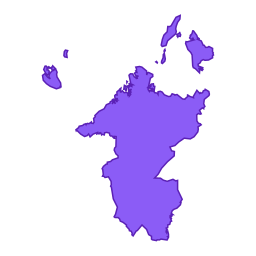 Minahasa Utara, Sulawesi Utara, Indonesia
{"feature_id": "22746128B90516172699691", "entity_name": "Minahasa Utara", "entity_type": "district", "adm_level": 2, "iso_a3": "IDN", "parent_name": "Indonesia", "parent_adm1": "Sulawesi Utara", "projection": "mercator", "projection_center": [124.995, 1.587], "detail": "fine", "context": "isolated", "style": "filled", "palette": "violet", "viewbox_px": 256, "rotation_deg": 0, "n_neighbors": 0, "source": "geoboundaries", "source_scale": "gbopen_adm2", "svg_char_len": 5751}
<svg xmlns="http://www.w3.org/2000/svg" viewBox="0 0 256 256"><path d="M201.2,124.8L200.2,123.7L198.4,123.3L196.9,120.9L196.7,114.9L198.3,113.5L200.1,114.2L201.2,113.8L199.5,110.3L202.3,107.9L203.7,108.7L203.7,107.6L204.9,106.5L203.7,103.8L204.3,99.4L209.0,95.5L209.4,94.1L208.8,91.5L205.2,89.3L204.9,90.3L203.4,90.7L202.5,92.7L200.7,93.2L200.2,92.7L199.7,93.4L196.9,90.3L193.3,96.5L193.5,97.7L189.8,96.4L187.2,94.6L188.0,96.2L185.0,98.8L184.7,99.9L184.7,99.3L182.5,98.9L177.0,94.5L174.3,95.3L174.9,94.7L172.1,93.8L170.5,96.3L168.4,96.5L164.3,94.8L162.2,92.1L160.4,91.3L158.1,91.7L158.0,94.3L157.3,93.1L154.7,92.7L154.3,91.8L152.6,91.0L151.2,91.0L149.6,90.4L149.4,90.5L149.5,91.3L149.4,91.5L148.1,89.6L148.3,88.0L147.6,87.7L148.5,86.6L150.4,78.2L152.8,76.5L152.7,74.4L148.5,72.4L147.6,72.8L146.7,75.0L146.6,71.0L141.9,67.1L139.5,66.5L135.8,67.1L136.6,69.2L136.2,70.8L137.0,71.7L136.2,71.4L136.7,72.3L135.8,72.1L134.5,73.3L136.0,75.9L137.8,75.9L137.9,76.4L136.9,76.9L137.3,78.3L136.3,78.5L135.4,77.2L134.4,77.0L132.6,73.9L130.4,73.8L129.0,75.2L130.9,84.0L130.1,83.3L129.1,83.9L130.4,84.9L131.5,84.3L132.4,84.5L132.9,84.8L131.6,84.9L131.8,86.5L129.9,85.8L129.2,86.7L128.9,85.5L127.1,86.1L129.4,90.5L131.0,89.4L131.6,89.7L130.8,89.7L130.3,90.8L130.8,91.8L129.8,91.6L130.7,94.4L129.8,95.5L130.1,93.7L128.7,91.4L128.6,93.7L128.4,94.0L128.1,94.1L126.8,92.3L124.2,92.7L122.3,90.8L120.9,92.1L120.3,91.7L120.9,88.2L119.9,88.9L119.6,90.4L119.0,90.1L116.9,91.9L117.0,95.0L115.6,94.6L114.7,95.7L115.1,98.9L117.1,98.5L117.8,98.9L116.9,98.7L116.3,99.5L117.3,100.0L116.2,100.2L117.4,102.1L115.0,99.9L114.3,101.4L113.4,101.6L114.9,102.5L115.3,103.9L114.8,102.7L113.5,102.1L112.1,104.0L113.9,100.2L113.5,99.2L112.4,99.6L112.1,100.8L110.2,101.8L109.9,103.2L106.4,104.7L104.1,108.8L99.1,111.3L94.9,115.5L95.3,116.7L93.6,118.4L94.1,122.2L92.7,124.0L92.9,123.3L91.5,123.1L91.4,122.0L89.0,123.7L87.3,123.4L86.7,124.0L86.0,123.8L85.9,124.4L85.6,123.9L84.0,124.3L82.6,125.5L79.2,126.2L78.6,127.6L75.9,129.8L76.2,130.7L76.6,130.1L80.7,134.1L84.6,136.5L87.2,135.6L88.6,134.0L90.1,136.9L93.2,134.1L97.4,132.5L97.0,133.9L99.1,133.0L99.2,133.8L100.7,132.8L101.5,134.8L101.9,134.3L104.3,134.9L104.6,132.8L106.6,132.4L109.4,133.1L109.8,135.2L110.6,136.0L111.8,135.9L114.1,138.3L114.6,138.3L114.2,136.4L116.2,136.6L115.9,146.7L114.6,148.1L114.2,150.1L116.0,154.0L118.0,155.7L118.1,157.8L112.4,159.8L110.6,161.5L107.3,162.2L107.3,164.0L106.2,164.1L103.4,166.4L102.1,168.8L102.7,169.4L103.3,174.5L102.5,176.2L104.1,176.4L105.0,177.5L108.4,176.8L111.1,181.4L111.3,184.7L110.6,186.2L111.4,187.2L113.3,198.9L117.4,207.1L115.5,214.3L114.1,216.8L115.0,217.5L118.2,217.6L119.6,219.0L120.3,221.1L123.0,222.3L126.5,225.0L126.3,226.2L129.2,229.4L129.4,230.7L131.3,231.3L132.2,233.4L131.9,234.8L133.1,235.9L136.3,230.9L137.3,230.6L142.0,225.0L146.6,229.4L148.7,234.6L151.5,236.3L151.5,239.1L152.3,239.8L156.5,240.6L157.1,239.8L159.4,239.9L161.0,239.1L167.1,240.0L168.5,237.2L167.7,236.7L168.5,236.3L168.5,234.2L167.8,231.4L167.0,232.4L167.1,230.6L166.0,232.6L166.4,230.0L167.2,229.6L166.2,228.1L167.7,227.5L167.9,224.8L169.7,224.4L170.5,221.5L171.6,221.1L170.5,218.4L171.8,219.0L170.5,217.3L171.2,216.7L169.4,215.8L171.9,215.9L172.2,214.9L171.3,215.1L171.2,214.6L172.9,214.6L171.3,213.3L172.2,210.7L174.1,209.2L176.9,208.2L180.4,204.8L181.0,202.5L180.3,202.3L182.2,199.3L177.6,189.7L177.6,180.4L175.7,180.9L173.0,179.3L167.2,181.3L163.4,180.2L160.5,178.2L154.6,178.0L158.2,174.1L161.6,168.2L167.5,161.7L174.2,155.9L174.4,151.5L171.6,150.8L169.9,147.0L175.0,145.5L178.7,142.0L184.2,138.2L190.3,138.9L194.1,136.7L197.8,131.9L198.3,129.2L198.0,126.9L201.2,124.8ZM127.6,94.4L128.4,95.3L128.3,96.2L127.6,94.4ZM193.5,30.9L192.7,30.9L192.0,33.7L189.8,35.8L190.9,35.2L189.6,37.9L190.6,39.1L192.0,39.0L193.4,37.7L192.8,39.2L194.0,39.9L187.3,41.8L186.0,41.6L185.6,43.5L187.9,49.5L190.8,52.5L192.1,55.0L192.7,65.8L193.3,67.6L195.4,68.7L199.5,72.8L199.7,70.5L198.9,68.3L203.4,67.9L198.3,66.0L198.1,64.2L200.2,62.8L201.1,60.8L203.2,59.6L204.9,60.3L208.6,60.0L212.6,57.8L212.5,55.7L213.5,55.0L212.9,53.6L213.3,52.9L212.5,51.7L212.6,48.4L208.9,46.5L207.6,47.3L205.6,47.4L204.2,45.3L203.2,45.2L201.3,41.0L198.0,39.4L199.1,39.3L199.2,38.7L198.0,37.8L197.7,38.3L196.8,35.4L193.5,30.9ZM60.6,82.9L57.0,76.9L56.6,74.1L57.1,72.2L55.6,69.0L53.1,70.6L51.9,71.0L49.6,73.7L48.8,76.8L50.3,78.9L47.7,77.2L45.9,75.1L45.4,73.3L42.5,75.4L43.3,80.3L46.5,83.7L50.2,86.3L56.4,88.8L60.1,87.6L60.1,86.5L61.0,86.7L60.6,82.9ZM179.9,19.1L180.2,15.4L176.0,17.3L171.1,25.8L169.6,26.6L167.8,26.5L167.2,31.7L163.9,35.1L162.4,39.3L161.2,45.1L162.2,46.5L166.0,45.5L167.6,40.8L175.7,33.8L176.3,31.4L175.7,29.0L176.2,26.2L177.6,22.3L179.9,19.1ZM47.0,69.9L47.2,67.1L46.0,66.0L45.0,66.2L43.7,69.5L45.8,73.5L47.6,75.0L48.8,73.8L49.2,71.4L48.4,70.0L47.0,69.9ZM165.3,58.9L164.3,53.3L163.3,54.5L163.1,57.8L161.6,61.2L161.5,62.9L162.4,63.5L164.8,61.2L165.3,58.9ZM153.4,83.8L151.1,84.1L150.0,85.7L151.0,86.0L149.6,87.3L149.9,88.6L152.5,88.4L154.2,90.5L154.8,86.4L153.7,86.2L153.4,83.8ZM67.7,50.6L65.4,50.1L64.3,51.7L63.9,55.5L64.6,56.8L67.1,57.4L66.6,53.4L67.7,50.6ZM52.7,70.4L55.5,68.7L52.7,65.8L51.4,68.8L52.7,70.4ZM126.7,89.9L125.6,86.0L124.4,85.3L123.8,89.1L124.5,88.8L125.9,90.7L126.7,89.9ZM179.9,33.4L179.7,31.9L179.4,33.2L176.8,34.5L177.7,36.0L180.2,36.4L180.7,34.8L179.9,33.4ZM201.8,68.6L200.5,69.6L202.1,70.5L202.9,69.5L201.8,68.6ZM50.1,68.1L48.8,66.7L48.1,67.3L48.4,68.1L50.1,68.1ZM164.1,52.4L165.2,50.6L164.9,49.4L164.2,50.3L164.1,52.4ZM151.9,90.7L152.2,90.0L151.5,89.8L150.6,90.3L151.9,90.7ZM156.5,61.4L155.8,61.9L157.2,63.0L157.4,62.6L156.5,61.4ZM126.9,82.5L127.4,81.6L126.8,81.3L126.9,82.5ZM178.1,36.4L177.4,36.5L177.8,37.1L178.1,36.4ZM50.8,67.7L51.4,67.8L51.3,67.4L50.8,67.7Z" fill="#8b5cf6" stroke="#5b21b6" stroke-width="1.5"/></svg>